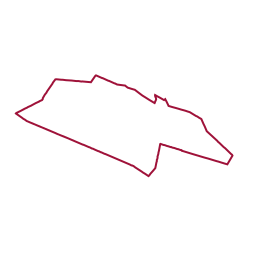 Senahú, Alta Verapaz, Guatemala, rotated 210°
{"feature_id": "79465075B39749576611846", "entity_name": "Senahú", "entity_type": "district", "adm_level": 2, "iso_a3": "GTM", "parent_name": "Guatemala", "parent_adm1": "Alta Verapaz", "projection": "orthographic", "projection_center": [-89.866, 15.422], "detail": "fine", "context": "isolated", "style": "outline", "palette": "rose", "viewbox_px": 256, "rotation_deg": 210, "n_neighbors": 0, "source": "geoboundaries", "source_scale": "gbopen_adm2", "svg_char_len": 2266}
<svg xmlns="http://www.w3.org/2000/svg" viewBox="0 0 256 256"><g transform="rotate(210 128 128)"><path d="M106.3,97.3L105.8,97.6L104.1,97.8L102.2,97.5L94.3,97.1L92.6,96.9L90.7,96.9L86.2,96.6L85.9,97.6L85.7,99.7L85.0,103.0L84.3,106.9L84.8,108.4L86.2,112.5L86.4,113.6L87.1,114.8L87.1,115.5L87.5,117.0L88.1,117.9L88.8,120.8L89.3,121.9L89.9,124.0L91.9,129.7L92.0,129.9L92.1,130.1L91.9,130.5L88.6,131.1L87.8,131.5L84.8,132.0L84.5,132.2L81.5,132.8L81.1,133.1L79.8,133.2L77.7,133.9L75.3,134.3L74.7,134.4L74.3,134.7L71.3,135.2L71.0,135.5L70.1,135.5L69.7,135.2L69.3,135.4L58.4,137.9L52.6,139.3L51.7,139.5L46.7,140.7L43.7,141.5L42.9,141.7L34.7,143.6L32.9,144.1L29.7,144.8L29.3,144.9L25.8,145.7L25.1,145.9L23.8,146.2L23.7,156.3L24.6,156.9L25.3,156.9L33.9,159.1L35.6,159.3L41.5,160.8L43.3,161.1L44.2,161.5L58.2,164.6L62.3,167.7L64.7,169.3L68.9,172.4L69.8,172.5L71.1,172.4L73.8,172.6L75.1,172.4L82.3,172.6L82.9,172.5L84.6,172.1L86.7,171.7L88.7,171.2L91.3,170.5L93.9,169.9L96.7,169.2L100.1,168.3L103.9,167.4L105.3,168.4L107.8,170.1L109.1,170.9L110.2,171.6L110.6,170.5L110.7,170.2L113.0,170.2L115.7,170.2L118.5,170.1L121.0,170.1L120.9,169.8L120.7,169.5L120.3,169.1L119.9,168.7L119.5,168.4L119.0,168.1L118.5,167.6L118.1,167.1L117.9,166.7L117.8,165.8L117.7,164.9L117.7,164.4L117.6,164.0L117.4,163.2L117.4,162.9L118.2,162.9L123.6,163.0L128.5,163.2L131.8,163.3L135.9,163.8L141.2,164.5L144.0,163.8L148.5,162.8L151.9,163.3L152.4,163.0L158.7,160.4L159.2,160.2L161.5,160.1L161.9,159.9L168.2,159.3L168.5,159.1L175.0,158.5L175.3,158.3L181.9,157.6L182.2,157.4L182.4,156.6L183.0,149.1L188.2,146.7L191.0,145.4L191.6,144.9L194.1,144.0L196.2,142.8L200.4,141.0L205.6,138.4L208.5,137.2L210.2,136.3L214.2,134.5L215.2,133.8L215.7,129.8L215.6,128.6L216.4,119.2L216.3,117.8L216.7,115.3L216.7,111.2L216.3,110.5L216.4,109.2L218.1,106.9L218.1,106.6L220.3,103.5L222.7,99.6L222.8,99.3L225.2,96.0L225.5,95.3L227.5,92.5L227.7,91.9L228.0,91.6L229.9,88.5L231.0,87.0L231.4,86.2L232.2,85.3L232.3,84.5L225.2,83.9L223.0,83.6L221.8,83.7L219.1,83.4L188.5,87.3L186.1,87.5L175.5,89.0L158.7,91.0L158.3,91.2L152.1,91.9L151.7,92.1L148.8,92.2L148.3,92.5L145.6,92.7L142.0,93.1L141.7,93.3L139.4,93.4L139.0,93.6L135.3,93.9L134.9,94.1L119.0,96.0L108.1,97.3L106.3,97.3Z" fill="none" stroke="#9f1239" stroke-width="2"/></g></svg>